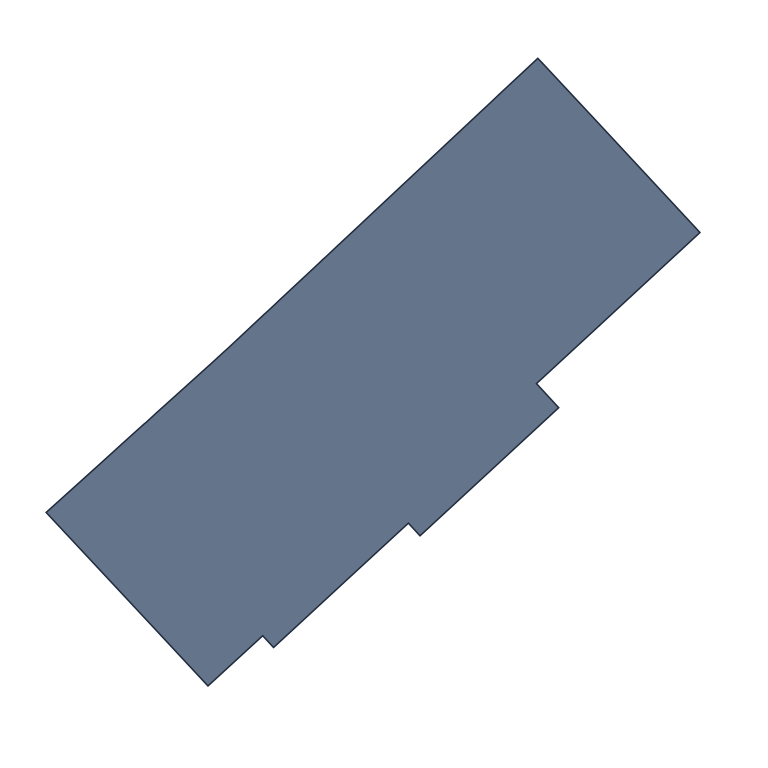 the district of Lea, New Mexico, United States of America, rotated 227°
{"feature_id": "52423323B76999377614602", "entity_name": "Lea", "entity_type": "district", "adm_level": 2, "iso_a3": "USA", "parent_name": "United States of America", "parent_adm1": "New Mexico", "projection": "albers", "projection_center": [-103.223, 32.785], "detail": "fine", "context": "isolated", "style": "filled", "palette": "slate", "viewbox_px": 768, "rotation_deg": 227, "n_neighbors": 0, "source": "geoboundaries", "source_scale": "gbopen_adm2", "svg_char_len": 887}
<svg xmlns="http://www.w3.org/2000/svg" viewBox="0 0 768 768"><g transform="rotate(227 384 384)"><path d="M520.5,49.3L358.0,49.4L283.2,49.3L282.6,123.6L266.6,123.5L266.4,159.1L266.1,222.8L265.6,306.9L261.2,306.9L248.4,306.8L247.5,495.6L280.3,495.8L279.9,568.0L279.3,718.4L422.6,718.7L439.9,718.7L442.9,718.7L443.8,718.7L462.7,718.7L508.5,718.7L509.6,718.7L517.3,718.6L517.3,681.7L517.3,666.4L517.2,657.0L516.9,496.2L516.8,468.2L516.8,462.9L516.8,462.3L516.8,452.6L516.8,443.3L516.7,427.8L516.8,424.4L516.7,416.7L516.7,409.1L516.7,387.5L516.7,384.8L516.7,384.3L516.7,366.0L516.7,365.7L516.6,356.7L516.6,353.4L516.6,353.2L516.6,348.6L516.7,343.9L516.7,335.1L516.6,310.0L516.6,307.7L516.6,292.6L516.7,288.1L516.8,276.0L516.8,274.6L517.5,232.4L518.1,199.0L518.2,183.3L518.4,181.5L518.8,158.1L518.9,152.0L519.2,126.9L520.5,49.3Z" fill="#64748b" stroke="#1e293b" stroke-width="1.5"/></g></svg>